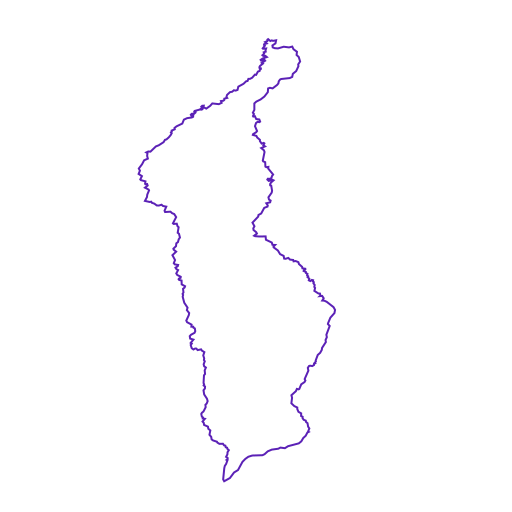 La Sierra, Cauca, Colombia (Equal Earth projection), rotated 67°
{"feature_id": "7082276B53441696517759", "entity_name": "La Sierra", "entity_type": "district", "adm_level": 2, "iso_a3": "COL", "parent_name": "Colombia", "parent_adm1": "Cauca", "projection": "equal_earth", "projection_center": [-76.803, 2.2], "detail": "fine", "context": "isolated", "style": "outline", "palette": "violet", "viewbox_px": 512, "rotation_deg": 67, "n_neighbors": 0, "source": "geoboundaries", "source_scale": "gbopen_adm2", "svg_char_len": 6079}
<svg xmlns="http://www.w3.org/2000/svg" viewBox="0 0 512 512"><g transform="rotate(67 256 256)"><path d="M65.3,153.2L64.6,156.3L63.7,157.2L63.7,158.8L61.1,160.1L61.3,161.0L62.6,161.6L62.6,164.0L64.5,163.1L64.2,165.7L64.8,166.2L65.9,165.7L67.5,168.7L68.0,168.5L68.9,165.6L70.4,166.9L71.7,167.2L71.5,169.3L72.9,169.4L73.7,171.6L74.7,171.1L75.4,169.2L77.1,168.3L76.8,172.7L77.3,175.1L78.2,174.9L78.7,171.6L79.8,171.3L80.5,175.2L81.6,174.5L82.6,178.0L83.5,179.1L84.4,179.3L85.2,178.2L85.8,178.5L86.2,179.8L87.1,180.4L87.0,182.2L89.3,185.1L88.6,186.1L90.4,189.9L90.6,192.4L90.0,193.8L91.6,195.4L91.3,196.8L92.6,200.2L93.2,206.1L95.9,208.1L95.8,210.1L94.8,211.6L95.5,213.8L95.0,215.9L96.4,219.7L98.1,221.1L99.2,220.8L98.8,223.7L100.0,224.3L100.3,225.4L99.7,227.7L101.6,227.8L101.7,230.9L98.5,236.6L99.9,239.6L100.9,244.2L98.3,246.3L97.2,245.4L96.7,246.8L97.2,248.0L99.3,247.2L100.0,248.0L99.9,249.3L99.0,249.5L99.2,250.7L98.5,255.8L99.0,256.4L99.8,255.3L100.3,255.6L100.9,257.4L100.0,259.6L100.5,260.8L101.4,260.7L102.0,258.8L103.3,259.5L103.4,261.0L102.2,265.5L102.3,269.1L105.3,272.1L105.6,278.5L106.3,281.0L107.6,281.3L107.6,284.6L108.4,284.8L109.0,286.0L110.0,285.6L111.3,287.2L112.7,289.9L113.7,292.9L113.5,294.4L115.1,296.6L116.1,302.3L116.0,305.3L118.7,312.4L117.7,314.3L117.8,316.5L118.9,315.7L121.3,317.1L124.1,317.5L124.2,321.6L127.0,325.0L129.7,329.7L132.1,329.5L134.6,332.0L137.9,329.8L140.3,332.6L141.2,332.3L144.1,328.6L146.2,329.9L146.8,329.7L147.2,328.1L148.8,328.2L149.7,331.5L152.9,328.9L153.8,328.8L157.0,332.1L159.1,333.3L161.9,336.7L164.7,332.8L165.1,331.2L166.3,331.1L168.1,329.1L170.7,327.6L171.6,325.7L171.9,322.9L173.6,322.1L175.5,319.3L178.6,322.5L180.0,322.5L181.8,317.4L183.8,316.5L185.4,314.9L189.0,314.3L193.5,319.7L194.3,319.3L195.3,316.3L197.9,316.6L199.3,316.0L204.0,319.0L205.4,318.2L209.3,318.8L210.4,320.6L212.7,322.4L213.2,324.4L215.7,325.8L217.0,329.2L218.0,329.3L220.8,327.8L222.6,332.6L228.1,332.1L230.5,334.5L232.0,334.0L233.8,331.2L234.8,332.0L235.3,334.7L236.9,334.4L238.5,333.2L240.9,336.2L242.7,335.9L245.7,333.4L246.6,333.9L246.7,335.8L247.1,336.3L248.0,336.1L249.5,334.1L253.1,335.5L256.1,333.1L257.1,334.0L257.7,336.0L261.2,337.0L262.2,338.4L263.4,338.3L264.8,339.4L271.0,340.3L276.8,339.2L278.8,340.8L282.4,339.8L284.2,341.0L288.2,345.4L290.0,345.3L294.0,342.1L295.8,343.1L296.6,341.4L297.5,341.6L298.8,340.6L301.5,341.3L302.7,342.6L303.1,346.6L303.9,348.3L306.3,348.9L308.5,346.3L310.5,350.1L311.6,349.4L312.4,350.9L315.8,351.2L317.6,350.1L317.4,348.2L317.9,347.1L319.8,346.5L320.5,343.0L321.9,342.8L324.3,341.1L326.9,343.4L330.0,343.7L331.4,344.6L332.9,344.3L335.2,346.5L337.3,346.8L339.1,345.7L341.2,347.9L344.7,349.0L345.5,350.5L352.4,353.9L353.9,353.9L354.7,354.8L356.2,353.9L358.0,354.8L359.1,356.8L363.2,357.8L368.2,356.9L370.7,357.2L372.5,359.0L373.2,360.7L375.5,361.4L378.6,365.1L379.2,367.1L380.0,368.1L382.7,368.6L383.9,367.9L384.7,368.5L385.9,366.7L387.5,369.9L389.2,369.3L391.2,369.8L394.3,366.9L396.4,367.4L398.7,366.2L402.4,368.7L404.9,367.9L407.5,368.5L409.0,367.6L411.7,364.5L412.6,364.5L414.6,363.1L415.9,359.8L417.8,359.4L418.6,358.3L420.2,358.6L421.2,357.5L422.4,357.7L424.1,356.9L425.5,358.9L427.4,359.8L429.2,362.0L430.9,361.0L431.9,361.5L432.2,362.7L432.9,362.1L435.8,364.8L437.0,366.7L438.9,368.1L448.8,373.5L450.9,373.3L450.2,366.8L446.7,360.8L446.0,356.2L440.2,348.9L438.6,345.1L437.8,341.5L438.2,337.4L441.9,327.9L441.8,325.6L440.4,321.5L440.4,317.1L442.1,310.8L441.9,308.4L444.2,304.5L443.6,300.8L445.2,289.8L444.3,286.7L442.0,283.6L440.9,280.5L438.6,277.7L438.5,276.3L438.0,276.7L435.6,274.3L433.4,274.7L430.0,273.9L428.3,274.8L427.0,274.5L425.4,276.1L423.5,276.5L422.2,275.9L420.9,277.0L418.5,275.9L416.0,277.8L413.0,277.8L411.6,277.2L409.1,279.4L405.4,281.0L400.6,278.2L398.0,277.8L396.0,272.1L394.3,270.3L395.4,268.9L395.3,268.1L391.8,264.5L391.0,260.6L389.9,259.2L388.3,259.3L382.0,252.6L379.2,252.0L378.0,250.2L378.1,249.1L379.3,247.2L379.0,245.2L377.9,244.7L377.9,243.5L377.2,243.7L376.5,242.1L375.5,241.9L371.2,237.8L370.2,234.8L368.1,232.1L366.4,231.1L362.5,225.3L360.5,224.8L358.4,222.5L356.0,222.0L349.2,215.5L346.7,216.4L346.0,215.9L341.8,211.6L339.2,206.1L336.5,204.3L333.4,204.6L325.8,208.8L323.8,210.6L322.9,212.4L321.3,210.2L318.6,210.7L317.9,212.8L317.7,212.2L315.6,211.8L314.9,213.2L310.9,215.9L308.5,214.1L307.2,214.4L305.6,213.3L303.6,213.8L302.7,213.0L301.6,213.6L300.6,212.9L299.8,214.0L300.3,215.8L299.0,216.9L297.7,215.8L295.5,216.8L295.0,215.9L293.6,216.5L292.6,215.6L291.1,216.7L290.3,216.3L288.4,218.0L287.9,217.5L287.6,215.8L287.0,215.6L285.5,218.1L284.0,217.8L280.2,219.6L278.2,219.4L276.1,221.5L275.6,223.5L274.2,223.3L272.6,226.1L270.4,227.0L270.1,229.9L269.4,231.1L266.7,230.5L263.7,233.1L259.5,233.7L254.9,236.4L254.2,236.2L253.3,234.1L252.1,236.5L249.8,236.2L244.9,240.5L241.7,239.5L239.4,245.2L237.4,249.1L236.6,249.8L235.7,246.4L234.2,246.5L231.1,248.1L229.5,247.7L228.0,245.8L223.9,246.2L220.6,238.6L219.2,237.7L218.9,234.6L214.9,229.6L215.0,226.1L214.0,225.4L211.5,225.9L212.1,222.0L210.7,220.9L209.1,222.0L206.8,221.6L203.8,216.8L202.2,215.7L197.2,214.5L196.5,215.3L195.3,214.9L194.2,213.4L193.2,210.3L192.3,211.1L191.9,214.9L190.1,215.7L189.5,214.9L190.4,213.1L190.2,211.3L188.7,210.1L187.7,208.4L180.2,210.6L178.8,209.8L178.3,211.8L177.4,212.4L173.2,210.9L171.7,212.4L170.9,212.5L163.6,207.5L161.8,207.4L158.7,209.0L158.6,204.9L157.0,206.0L155.6,204.3L154.9,204.7L154.7,206.9L151.8,207.5L150.6,207.0L147.4,208.6L145.6,208.7L143.3,211.6L142.7,211.1L142.1,207.4L141.4,206.2L136.1,206.2L133.6,204.0L133.1,202.0L134.1,200.7L133.9,199.7L131.6,199.6L130.0,202.3L126.9,202.4L126.6,204.0L126.0,204.1L124.5,202.4L122.9,202.9L120.8,200.4L114.9,197.9L114.0,195.4L113.7,190.6L112.5,186.0L109.8,181.1L106.5,179.4L106.6,177.5L108.2,175.2L106.8,169.8L105.9,168.0L104.1,166.8L103.0,165.0L102.9,163.7L105.4,155.4L105.3,152.7L102.7,150.9L101.5,146.8L97.9,142.8L96.1,142.3L94.2,139.4L89.5,138.9L86.8,140.1L84.0,138.5L80.3,140.7L77.4,140.8L76.9,144.1L74.2,148.7L73.5,154.7L72.0,157.6L70.5,159.1L68.6,158.6L67.9,155.0L65.3,153.2Z" fill="none" stroke="#5b21b6" stroke-width="2"/></g></svg>